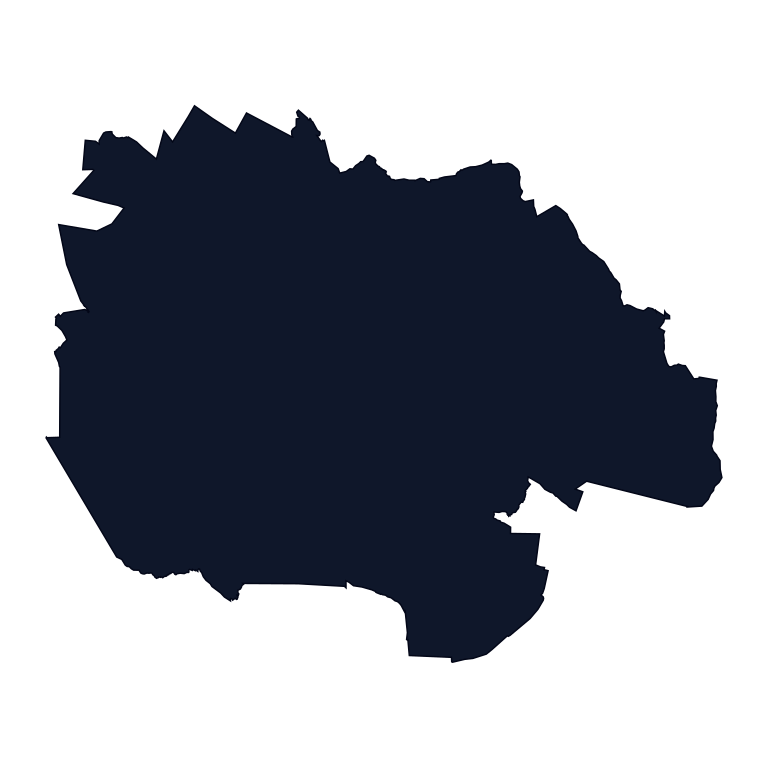 General Francisco R. Murguía, Zacatecas, Mexico
{"feature_id": "50627088B31059355925449", "entity_name": "General Francisco R. Murguía", "entity_type": "district", "adm_level": 2, "iso_a3": "MEX", "parent_name": "Mexico", "parent_adm1": "Zacatecas", "projection": "natural_earth1", "projection_center": [-102.697, 24.128], "detail": "fine", "context": "isolated", "style": "filled", "palette": "ink", "viewbox_px": 768, "rotation_deg": 0, "n_neighbors": 0, "source": "geoboundaries", "source_scale": "gbopen_adm2", "svg_char_len": 6068}
<svg xmlns="http://www.w3.org/2000/svg" viewBox="0 0 768 768"><path d="M307.5,118.2L298.4,110.2L296.7,112.2L297.6,115.1L298.0,116.2L299.1,116.9L299.4,118.1L298.8,118.7L297.1,118.6L296.3,119.0L296.2,126.5L293.0,128.9L291.6,131.1L291.8,134.7L292.7,137.0L291.9,136.9L246.5,113.0L235.4,133.1L212.5,118.5L194.5,105.8L188.2,116.7L172.6,141.9L164.0,130.8L156.4,159.1L142.8,147.9L136.6,142.0L133.7,140.2L128.3,137.0L127.7,137.7L126.5,137.0L123.8,137.9L124.4,138.5L122.3,137.5L119.1,138.1L115.8,137.6L112.5,134.3L111.8,132.9L112.0,132.0L111.1,131.6L105.8,132.0L103.6,133.1L99.2,140.6L99.2,144.1L95.5,141.3L85.3,140.3L82.8,169.7L92.9,169.4L93.9,170.3L73.1,193.6L103.4,202.0L118.1,205.4L124.1,208.0L111.9,223.9L96.8,231.1L58.7,224.6L66.7,264.6L80.8,300.9L83.4,304.3L83.6,305.1L84.2,305.2L84.5,306.3L85.1,306.2L86.8,308.4L87.3,310.0L87.8,309.8L89.0,311.4L88.6,312.4L87.9,312.1L88.1,311.2L84.8,309.5L64.4,312.8L63.5,313.0L60.4,316.3L58.6,314.2L55.5,317.1L56.4,318.3L55.9,319.0L55.6,325.2L57.2,325.9L61.9,330.4L65.5,336.6L66.9,340.0L63.3,343.3L60.4,347.8L59.2,347.1L58.2,348.7L56.1,350.4L55.9,351.6L54.7,351.6L54.9,353.9L58.7,362.5L59.4,366.3L60.1,367.5L59.7,437.3L47.0,437.7L46.4,437.1L46.1,437.9L116.7,557.0L121.8,559.4L125.3,565.1L127.1,566.4L129.4,566.7L131.3,568.7L133.6,570.1L139.0,570.2L140.8,573.0L142.3,573.7L144.2,574.0L146.9,573.0L148.8,573.2L151.7,572.9L153.0,574.9L154.2,575.6L154.7,576.9L156.5,578.3L158.4,577.6L158.7,576.9L160.4,577.3L160.7,576.7L162.7,577.7L164.2,576.5L166.2,576.2L166.4,575.5L167.0,575.6L167.7,574.6L168.6,574.8L169.6,573.5L170.6,573.6L172.0,572.3L173.7,572.4L174.8,574.2L175.9,574.7L177.2,573.7L180.3,573.2L184.2,573.6L187.0,572.3L188.3,572.5L188.9,572.0L188.7,570.1L189.5,569.4L192.3,570.4L192.5,569.4L195.5,570.7L195.9,570.0L197.8,571.4L197.9,570.0L198.6,568.8L199.5,568.9L200.2,570.9L201.7,572.7L203.3,576.7L206.0,580.3L210.3,583.7L212.0,586.5L220.7,593.0L224.4,597.0L230.5,600.9L230.4,599.3L231.0,598.4L232.3,599.3L232.7,600.1L235.1,598.3L236.5,599.4L237.1,599.2L237.9,597.1L237.7,596.4L236.9,595.7L236.9,595.1L238.2,595.6L238.8,593.9L237.9,592.7L237.8,590.3L240.4,589.0L241.5,587.0L241.8,585.6L243.8,584.0L243.1,583.4L298.2,583.7L344.4,586.3L346.0,587.8L346.0,580.7L349.1,582.3L353.5,585.7L362.0,587.0L371.8,589.8L375.4,591.4L375.7,592.1L376.7,592.7L380.7,594.3L381.3,594.0L382.3,594.6L385.6,595.2L387.6,596.8L391.2,597.8L395.0,600.8L397.5,601.6L399.5,603.3L401.2,605.4L404.5,611.7L405.1,609.9L407.4,632.7L406.6,639.5L407.3,640.0L407.9,639.8L409.3,655.5L451.5,657.3L451.7,661.8L452.5,662.2L464.8,659.3L472.9,658.4L486.3,654.1L492.0,649.5L507.0,636.1L507.5,635.8L508.3,636.3L510.1,635.3L530.1,618.5L537.9,609.3L543.2,600.3L543.6,598.4L543.2,596.9L541.0,595.0L542.6,593.2L544.2,588.6L548.1,570.7L544.0,569.7L544.5,567.5L540.5,566.9L535.6,564.9L539.6,533.9L510.5,533.5L510.6,527.2L504.1,523.2L500.8,522.2L500.1,520.9L497.3,520.2L495.6,518.9L494.1,518.5L493.2,517.3L494.2,514.7L493.8,512.2L494.5,512.0L499.1,512.4L502.0,511.5L505.4,511.6L506.9,512.6L507.3,513.4L507.1,514.0L508.3,514.5L508.0,515.2L508.5,515.2L508.7,516.2L509.7,515.4L510.0,515.7L510.3,514.7L511.6,514.5L512.3,512.8L515.4,512.2L516.7,510.5L516.9,509.6L517.6,509.4L518.4,508.3L518.9,506.9L518.7,505.2L521.1,502.2L522.7,502.3L523.4,500.6L524.4,499.6L524.3,498.6L524.9,497.4L525.7,493.9L525.1,492.4L525.8,491.6L525.2,490.7L527.5,488.2L527.6,487.2L528.4,486.9L530.3,484.3L528.5,482.7L527.6,480.7L528.2,476.9L540.0,483.7L544.9,489.3L550.3,492.2L553.0,493.0L555.7,496.1L557.1,496.4L561.9,501.1L566.7,504.4L569.5,507.2L576.0,510.8L582.8,491.8L575.2,489.1L586.6,481.2L687.8,506.6L687.5,507.0L701.9,506.1L708.1,499.4L710.5,494.1L713.5,490.5L713.9,488.2L714.9,486.1L718.9,482.5L721.9,477.6L720.2,469.4L720.0,460.7L717.0,456.2L716.7,455.2L713.2,451.2L711.4,446.2L713.0,439.7L712.9,431.7L714.1,428.1L714.7,423.5L715.7,421.1L715.6,418.0L716.2,415.2L715.7,410.5L717.3,405.7L715.8,401.6L715.9,396.7L715.4,390.5L716.3,386.4L716.2,383.5L717.0,380.2L699.7,377.2L699.2,377.2L699.1,378.1L698.3,378.5L693.8,378.9L685.3,365.7L682.3,365.5L678.3,364.1L677.0,365.1L674.3,365.3L671.2,366.9L669.4,366.7L668.4,365.8L666.9,363.3L663.4,351.7L664.2,348.8L664.2,345.3L663.9,342.8L664.2,340.7L663.4,334.4L664.6,331.2L659.1,328.2L663.7,322.0L664.5,318.8L669.6,318.8L669.5,315.7L665.6,312.8L664.8,311.4L664.4,316.0L656.2,310.8L656.1,311.6L655.4,310.0L654.7,310.4L652.7,308.8L650.3,308.2L648.1,307.7L645.1,310.0L643.3,310.8L636.6,309.0L630.1,305.6L627.0,304.8L624.8,305.9L623.1,305.8L621.5,300.6L620.1,298.0L620.2,295.4L621.2,291.4L620.0,289.8L619.4,283.9L616.1,279.8L614.0,278.1L610.7,272.5L609.3,271.1L608.5,269.1L603.8,261.6L598.6,257.9L596.3,255.6L592.2,252.7L589.6,251.3L583.9,245.1L582.6,244.6L581.2,242.9L577.9,237.8L577.8,236.3L576.0,230.8L572.6,224.2L569.2,219.3L567.9,216.3L567.1,215.8L567.4,214.9L566.9,214.1L560.4,208.6L555.8,205.6L536.8,216.7L534.9,209.3L533.7,206.4L533.4,199.9L525.2,201.6L523.0,200.7L520.5,198.3L520.0,196.4L522.0,192.8L522.4,191.1L520.5,188.6L519.7,185.9L519.3,182.3L520.0,176.8L519.4,175.7L519.0,171.9L517.3,169.2L511.7,164.6L507.8,163.1L504.2,163.7L499.1,163.7L495.6,164.4L491.7,164.3L491.3,162.7L491.3,160.6L490.9,160.2L488.7,162.1L482.1,165.1L475.6,166.7L470.1,167.0L463.5,169.2L462.1,170.3L461.0,169.8L459.3,171.6L457.8,172.1L456.5,173.8L456.0,175.6L444.4,177.0L439.3,178.4L439.3,179.3L430.8,180.0L430.7,181.6L430.2,181.9L427.4,181.7L424.1,178.7L420.2,178.4L415.0,180.7L414.8,180.2L409.0,180.2L404.0,179.0L394.7,180.4L394.1,179.7L391.2,179.4L389.9,177.7L389.5,176.4L388.7,176.1L388.4,176.6L387.2,175.8L385.4,173.0L386.3,171.9L385.9,171.1L383.7,169.8L383.3,170.1L381.3,168.3L380.4,168.2L379.3,166.6L378.5,166.5L375.9,164.1L375.2,162.4L375.8,160.3L374.4,158.2L369.1,155.3L366.9,156.0L363.1,161.5L360.7,161.7L358.9,163.5L355.6,165.7L352.9,169.1L349.9,168.8L346.2,171.5L339.7,173.1L338.1,168.6L329.9,162.0L324.4,140.4L323.6,141.0L322.7,140.2L321.2,141.6L316.8,135.5L319.0,135.7L319.9,134.6L320.0,133.2L319.5,133.0L319.8,132.1L317.4,130.5L312.7,121.9L311.2,120.7L310.8,119.3L310.0,118.5L309.0,120.2L308.2,119.8L307.5,118.2Z" fill="#0f172a" stroke="#020617" stroke-width="1.5"/></svg>